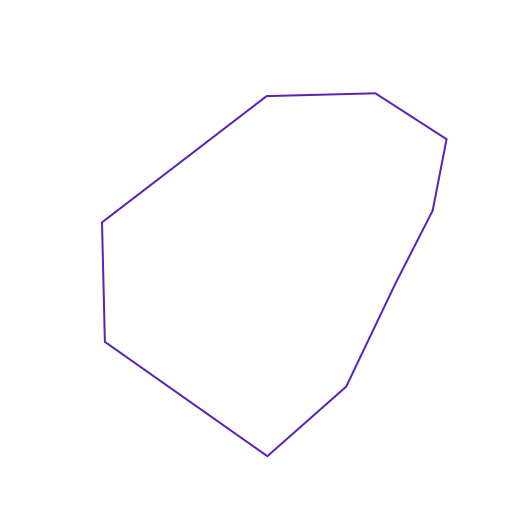 map outline of Rezekne (Robinson projection), rotated 16°
{"feature_id": "LVA-4851", "entity_name": "Rezekne", "entity_type": "Republican City", "adm_level": 1, "iso_a3": "LVA", "parent_name": "Latvia", "parent_adm1": "", "projection": "robinson", "projection_center": [27.333, 56.518], "detail": "fine", "context": "isolated", "style": "outline", "palette": "violet", "viewbox_px": 512, "rotation_deg": 16, "n_neighbors": 0, "source": "natural_earth", "source_scale": "10m", "svg_char_len": 280}
<svg xmlns="http://www.w3.org/2000/svg" viewBox="0 0 512 512"><g transform="rotate(16 256 256)"><path d="M325.9,66.7L407.0,91.2L413.3,163.6L397.6,244.1L378.7,356.7L322.1,445.3L134.4,380.2L98.7,266.1L222.1,99.4L325.9,66.7Z" fill="none" stroke="#5b21b6" stroke-width="2"/></g></svg>